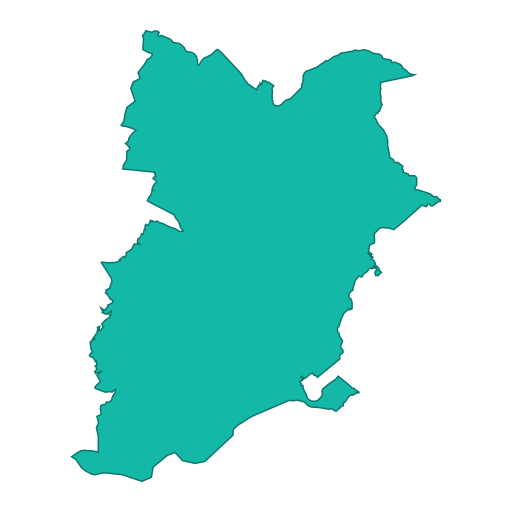 Chilchotla, Puebla, Mexico (orthographic projection)
{"feature_id": "50627088B92619426323393", "entity_name": "Chilchotla", "entity_type": "district", "adm_level": 2, "iso_a3": "MEX", "parent_name": "Mexico", "parent_adm1": "Puebla", "projection": "orthographic", "projection_center": [-97.21, 19.256], "detail": "fine", "context": "isolated", "style": "filled", "palette": "teal", "viewbox_px": 512, "rotation_deg": 0, "n_neighbors": 0, "source": "geoboundaries", "source_scale": "gbopen_adm2", "svg_char_len": 5977}
<svg xmlns="http://www.w3.org/2000/svg" viewBox="0 0 512 512"><path d="M241.1,73.6L221.5,52.6L217.7,49.4L216.0,50.2L211.3,54.7L203.8,58.3L201.5,60.9L198.9,65.4L197.6,64.3L197.5,60.4L196.4,56.4L194.3,53.9L191.6,52.4L186.5,51.4L185.7,50.8L184.4,47.9L181.0,44.5L179.0,43.4L173.3,42.4L170.6,39.3L161.1,35.3L160.1,36.5L157.8,35.3L159.2,32.5L156.8,31.0L154.3,31.1L151.9,32.3L145.7,30.7L144.6,33.2L142.5,35.6L143.6,39.4L142.8,49.1L143.2,49.8L148.0,52.3L152.1,53.8L152.0,55.5L150.1,58.1L147.4,59.2L144.5,64.3L138.1,72.5L140.0,78.6L133.2,81.9L130.8,88.3L135.1,101.2L127.0,107.3L125.1,113.9L123.8,121.4L121.1,125.3L123.5,126.3L125.1,126.1L133.2,128.7L136.0,130.4L133.4,132.3L131.1,134.8L128.7,138.5L128.7,140.8L125.5,143.5L127.2,144.8L129.9,148.3L128.8,150.2L126.9,151.1L126.6,160.1L123.6,164.9L122.8,169.0L155.2,172.2L154.6,174.4L155.6,175.2L156.0,176.2L155.0,177.0L153.3,177.4L153.2,178.9L156.0,180.5L156.7,181.8L154.1,184.5L152.7,187.1L151.9,190.3L153.1,190.7L152.0,191.5L150.8,195.0L149.0,197.1L147.3,200.9L174.1,214.8L175.9,218.5L178.2,220.9L180.8,227.9L183.3,231.2L179.8,231.6L174.8,228.5L171.1,227.5L162.3,223.4L158.4,222.2L157.5,221.1L154.4,221.8L151.9,220.7L151.7,221.4L150.5,220.4L148.4,225.5L145.9,224.3L145.0,226.0L145.2,229.7L144.3,229.3L143.1,234.5L141.7,233.8L139.9,238.3L138.2,238.5L137.3,241.7L137.8,242.8L139.5,244.0L134.3,244.0L132.2,248.1L132.4,248.7L126.2,252.7L126.2,255.2L124.6,257.5L123.5,256.4L119.0,260.0L120.1,259.4L120.4,260.5L115.3,262.5L107.5,262.7L101.6,262.1L101.3,262.5L111.4,278.3L111.9,281.8L109.9,286.8L110.4,287.8L105.9,290.2L106.8,291.1L105.4,292.9L107.0,294.1L110.3,299.1L112.8,300.6L112.8,301.5L112.6,302.6L107.6,305.3L107.9,306.8L104.3,310.3L100.9,307.9L102.3,310.8L103.6,312.2L102.5,312.6L103.4,313.3L106.0,314.1L109.1,313.9L108.5,312.8L111.3,311.1L110.8,314.9L109.8,315.6L109.4,317.5L105.1,320.3L101.7,324.0L102.9,326.4L103.5,326.6L100.1,330.6L98.9,329.9L99.8,326.4L97.4,327.3L97.9,330.3L97.3,330.8L98.0,331.2L92.8,338.7L94.1,338.3L94.8,338.7L94.7,339.3L90.3,341.7L90.7,347.9L91.3,349.6L92.8,351.6L90.3,353.7L89.5,355.4L90.4,356.5L93.3,357.9L94.9,360.0L95.1,361.4L96.3,361.2L96.8,365.1L95.1,366.1L96.9,368.0L96.4,368.5L97.2,369.2L94.6,371.7L95.8,373.6L102.3,370.5L96.9,375.4L100.4,381.3L94.9,387.0L95.2,388.4L105.2,392.2L109.7,391.6L112.1,392.1L113.5,390.7L115.7,389.5L114.9,392.9L112.7,396.1L111.4,400.5L108.5,402.4L106.7,401.8L105.2,404.3L102.1,404.9L100.6,406.1L100.4,408.8L101.2,414.4L96.9,416.4L98.6,422.8L96.4,427.6L98.3,436.1L98.3,452.2L93.2,451.0L83.6,450.3L80.7,450.9L77.6,452.5L71.6,456.8L75.7,459.3L81.9,468.2L86.4,471.4L91.8,474.1L94.7,474.8L103.6,472.7L122.4,474.7L141.9,481.3L151.4,477.2L153.1,467.1L167.3,455.4L174.3,452.6L175.4,453.0L182.6,460.6L194.8,463.4L204.8,461.5L232.9,435.2L233.3,429.6L238.0,425.1L251.6,416.5L289.0,400.4L293.4,400.8L296.7,400.1L304.5,402.0L307.5,405.2L311.1,407.0L318.7,407.5L329.4,409.3L331.8,408.7L334.8,410.9L336.8,410.9L338.4,409.0L339.7,408.3L339.9,407.4L343.3,405.6L343.3,403.0L345.3,401.9L348.4,396.8L350.6,395.2L352.9,395.2L353.7,394.1L355.3,394.0L356.5,392.7L358.4,393.1L359.0,392.5L358.7,391.7L355.8,390.2L354.3,388.5L352.1,388.0L349.8,385.6L338.2,376.2L335.3,379.7L330.3,382.8L322.7,388.9L321.8,391.6L322.6,393.9L322.2,395.0L321.1,397.1L317.5,400.6L314.7,401.4L310.6,400.9L307.1,398.0L306.8,395.7L303.3,388.8L302.8,385.4L301.9,385.9L300.8,384.9L301.4,383.7L299.8,382.0L302.7,379.9L300.8,377.0L301.0,376.4L301.7,376.1L303.6,379.2L304.6,378.4L304.1,377.7L305.9,377.9L310.0,374.2L312.3,373.0L314.0,375.2L314.3,374.9L316.6,376.1L317.3,377.4L339.8,359.0L339.6,356.5L340.1,355.1L343.1,352.4L343.0,350.5L340.4,346.5L342.6,340.9L339.7,336.6L339.3,333.9L337.5,331.6L337.5,328.2L339.1,326.1L341.3,318.6L343.8,313.4L347.8,309.7L349.4,309.7L349.1,309.3L349.7,309.5L351.0,308.7L351.6,309.2L352.1,308.6L352.1,302.4L350.8,298.7L349.4,298.2L348.9,294.8L350.1,292.2L353.2,289.8L352.8,287.7L354.2,284.7L354.8,281.4L358.8,275.9L361.0,276.9L362.3,276.7L363.4,274.1L367.0,271.7L369.5,268.4L370.9,268.1L371.9,268.9L373.0,267.8L373.7,265.9L374.6,266.8L374.1,267.9L374.8,268.2L375.5,267.4L377.0,270.2L375.3,271.2L374.9,273.3L375.7,275.5L378.4,275.5L379.2,274.2L381.4,272.4L379.2,270.0L378.9,268.2L375.7,265.3L374.8,263.5L375.2,263.3L374.5,261.4L373.2,259.9L373.4,259.5L373.0,260.0L372.2,259.6L371.5,258.2L372.9,257.2L371.3,255.9L371.2,254.6L370.8,254.6L370.9,256.6L368.1,253.4L371.4,253.7L368.8,251.9L368.6,250.1L369.4,247.8L369.2,245.9L370.9,244.4L374.4,243.0L374.6,239.1L374.1,236.6L374.5,233.5L379.7,228.2L382.6,227.5L389.3,228.2L393.7,229.6L403.8,221.4L421.0,205.9L422.3,205.2L426.0,206.6L427.2,205.7L427.6,203.8L428.7,203.6L430.8,205.9L432.9,205.7L438.3,201.7L440.4,201.4L440.3,199.7L438.6,198.9L436.6,196.6L433.6,196.7L430.1,193.8L417.5,189.7L416.1,190.1L414.5,188.0L416.5,185.2L416.8,178.7L416.4,177.5L414.9,175.8L408.7,175.6L408.3,174.0L403.3,172.4L403.4,170.2L402.1,169.2L402.8,166.2L397.8,162.4L395.1,162.6L394.0,161.4L393.6,159.9L389.9,157.4L387.7,145.6L387.7,140.2L386.6,135.7L383.1,129.4L378.4,124.7L375.6,118.7L374.4,117.8L375.0,115.5L376.7,113.1L377.9,113.1L378.4,111.5L379.6,111.1L381.1,106.4L382.2,104.6L380.9,102.2L381.1,100.8L380.6,98.9L381.0,97.5L380.2,93.0L380.3,90.4L381.0,89.2L380.4,88.1L380.7,82.4L412.1,75.8L414.6,74.7L411.3,74.3L408.4,72.8L406.2,70.3L402.4,67.8L402.0,66.2L400.0,64.2L394.4,62.1L391.6,62.6L391.3,60.7L390.3,59.9L382.7,58.5L382.1,56.2L379.7,54.2L373.5,53.4L367.8,50.5L365.9,50.4L364.5,49.7L358.3,50.8L355.2,49.9L353.0,51.1L340.6,53.2L338.0,55.3L333.8,56.6L328.4,60.5L325.0,61.1L322.9,63.3L321.9,63.5L317.2,67.0L305.8,71.5L304.3,73.3L303.1,75.9L303.1,80.4L302.8,82.5L301.7,84.5L301.7,87.5L290.3,98.9L286.9,99.7L285.0,100.8L281.1,104.6L278.6,106.0L275.3,105.6L274.3,105.0L273.0,103.1L272.9,101.2L271.9,99.1L272.6,97.4L272.0,97.0L272.5,91.7L271.9,88.7L273.7,85.8L268.4,82.0L266.9,82.5L265.5,80.7L264.7,81.2L262.8,80.4L261.4,84.4L260.1,83.2L260.2,84.7L259.1,84.9L257.3,87.7L256.8,90.0L247.8,83.7L244.9,80.1L241.1,73.6Z" fill="#14b8a6" stroke="#0f766e" stroke-width="1.5"/></svg>